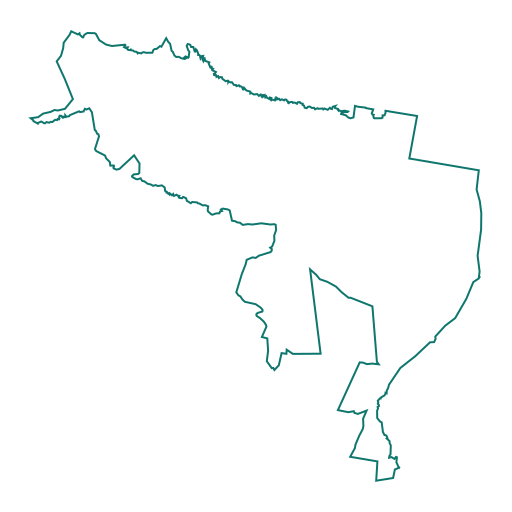 outline of Villa del Carbón, México, Mexico, rotated 270°
{"feature_id": "50627088B23542749511930", "entity_name": "Villa del Carbón", "entity_type": "district", "adm_level": 2, "iso_a3": "MEX", "parent_name": "Mexico", "parent_adm1": "México", "projection": "albers", "projection_center": [-99.483, 19.744], "detail": "fine", "context": "isolated", "style": "outline", "palette": "teal", "viewbox_px": 512, "rotation_deg": 270, "n_neighbors": 0, "source": "geoboundaries", "source_scale": "gbopen_adm2", "svg_char_len": 6061}
<svg xmlns="http://www.w3.org/2000/svg" viewBox="0 0 512 512"><g transform="rotate(270 256 256)"><path d="M142.0,274.4L146.7,278.8L158.9,281.6L158.2,286.4L162.3,286.7L158.1,292.9L158.3,320.6L242.6,310.1L237.1,316.3L232.8,319.8L230.2,327.3L225.4,336.0L220.0,341.4L214.2,348.6L214.3,350.5L205.7,372.4L150.2,376.9L147.7,378.7L148.4,372.4L147.9,366.8L149.4,363.0L149.6,359.7L101.9,337.9L99.8,348.3L100.8,353.8L99.1,354.4L98.1,357.9L101.4,366.6L93.3,363.1L85.9,363.4L83.0,362.8L76.4,359.3L67.4,355.5L63.9,354.9L55.2,350.2L50.6,377.4L31.3,376.2L34.0,393.1L42.5,394.9L44.2,398.8L43.9,399.8L45.3,398.4L49.7,396.4L54.7,396.9L55.1,396.0L53.1,394.4L54.9,391.5L54.3,389.1L56.4,389.5L57.5,390.5L66.5,390.8L69.1,389.6L71.0,389.5L73.5,386.7L73.9,387.4L75.4,387.0L76.8,385.8L76.9,384.5L80.1,382.9L89.6,381.7L90.5,380.0L94.0,377.2L101.2,377.1L103.6,378.0L105.1,377.6L105.9,378.9L107.2,378.8L108.2,377.8L109.6,378.3L111.3,377.8L113.8,380.2L113.6,380.7L114.7,381.2L116.4,384.2L117.7,385.3L119.2,385.5L118.7,386.6L121.6,386.8L123.8,388.1L127.3,389.0L144.0,400.3L156.0,415.5L169.7,430.0L169.9,434.1L173.2,435.6L175.5,435.3L186.3,445.2L193.9,455.2L213.3,466.4L229.9,473.3L233.5,478.7L234.8,479.5L235.0,478.9L240.5,479.6L256.2,477.6L282.4,481.1L298.7,481.3L310.4,479.9L322.6,476.6L341.7,478.8L353.5,409.3L396.0,417.1L401.2,385.5L399.0,385.5L396.7,384.5L396.7,382.6L394.3,382.5L393.8,381.7L393.7,374.5L394.0,373.8L396.3,373.3L397.2,373.7L397.4,372.5L398.6,371.8L402.6,373.2L403.9,365.9L404.4,365.6L405.2,358.3L406.1,355.0L394.6,353.5L393.7,350.4L394.5,348.3L396.8,345.7L398.0,341.1L398.9,341.4L399.9,344.0L400.0,347.6L400.5,348.1L401.3,344.6L400.8,340.7L401.7,339.2L401.2,338.7L402.3,337.8L403.0,338.0L404.1,334.9L405.1,334.6L406.0,335.3L405.2,332.7L403.0,332.0L403.2,330.8L404.2,329.9L402.2,327.7L403.5,324.4L402.6,323.2L403.5,322.6L403.2,318.5L403.8,317.5L402.7,315.1L404.2,314.1L404.0,312.0L405.5,309.6L405.1,307.8L403.8,306.7L404.3,304.7L406.4,304.0L407.0,302.6L408.3,302.7L408.9,300.4L409.9,299.8L409.7,297.7L408.2,297.0L409.4,294.9L409.2,292.8L409.9,292.6L410.1,291.4L409.6,289.3L408.8,288.8L409.2,288.1L410.4,288.2L410.8,287.2L412.3,286.4L412.6,285.1L411.6,284.0L412.7,281.9L411.8,280.2L413.1,279.3L412.7,277.6L413.4,277.9L414.4,276.4L413.2,276.4L413.6,275.4L411.6,274.9L412.5,272.1L411.7,271.2L412.8,270.4L414.1,271.2L414.5,269.7L413.1,269.1L414.4,266.8L415.7,266.3L414.7,265.3L416.8,264.8L415.5,263.2L417.0,263.3L416.8,261.9L415.9,261.5L417.5,260.7L416.1,258.9L417.9,257.3L417.5,254.0L418.9,251.4L418.5,250.3L420.4,250.3L421.5,246.4L424.2,244.1L422.5,243.5L422.6,242.9L424.7,242.2L425.8,240.6L425.6,239.6L426.7,239.0L425.9,236.5L426.9,236.1L427.1,233.9L429.8,231.9L429.6,230.3L430.6,228.6L429.9,228.2L431.2,228.1L431.3,227.3L430.8,225.6L433.4,222.2L434.7,222.0L435.0,220.2L434.0,218.9L435.9,218.1L435.1,216.5L436.8,216.1L436.8,214.9L437.7,214.6L437.4,214.0L438.2,213.9L438.5,215.0L440.0,215.9L441.8,212.3L442.4,212.0L443.3,213.0L444.1,211.2L445.1,211.6L445.6,210.6L445.1,210.1L448.5,208.7L449.6,209.3L451.2,205.1L453.7,204.6L453.5,204.0L451.0,203.3L452.5,202.5L456.1,203.2L455.9,201.7L453.7,200.5L456.4,199.9L457.1,199.2L457.0,198.2L459.2,198.0L461.8,196.8L462.7,195.9L460.4,195.4L460.5,194.7L465.0,193.3L465.0,191.1L467.1,190.3L467.7,189.2L467.9,187.6L466.1,186.7L461.8,188.2L460.2,189.4L454.6,188.6L454.2,188.1L455.1,186.8L454.6,186.4L455.5,185.4L454.6,184.4L453.5,185.6L453.0,184.7L453.8,181.2L455.2,178.8L455.0,176.2L456.6,174.4L460.1,172.8L461.2,171.6L468.2,170.1L470.2,168.2L473.8,166.2L465.3,161.4L465.9,160.0L463.1,156.7L462.9,154.5L461.9,153.3L459.3,152.4L459.2,146.3L459.8,143.8L459.5,142.2L458.6,141.4L459.3,137.9L458.8,137.6L460.1,136.7L460.5,134.3L461.5,133.0L461.7,131.2L462.5,130.8L461.9,130.0L462.1,128.1L463.5,127.0L464.7,127.8L464.7,126.8L463.8,126.2L464.9,124.0L466.8,125.4L467.3,125.1L466.0,111.9L467.5,105.9L471.8,99.3L478.1,95.9L478.8,94.7L479.0,87.6L478.1,85.6L476.6,83.9L474.7,83.3L474.6,82.5L477.3,79.8L478.7,79.5L477.6,77.9L480.7,71.2L477.2,69.6L469.3,63.7L463.9,63.2L456.2,61.0L450.6,56.7L433.0,64.8L412.9,72.9L403.2,65.0L401.5,57.9L402.0,54.5L400.1,50.6L398.4,43.1L394.8,38.1L393.8,30.7L391.6,33.4L390.8,33.5L388.4,37.9L389.1,38.1L390.5,41.3L388.8,44.1L388.7,45.0L389.9,46.5L389.3,49.1L390.2,50.8L390.0,52.4L392.2,55.1L391.9,57.0L393.1,57.7L392.6,59.0L393.5,59.5L395.0,59.1L396.3,59.7L396.2,61.1L394.3,62.7L394.4,63.2L395.4,63.0L394.9,65.3L396.7,65.3L395.3,66.4L395.8,69.2L396.9,69.9L400.7,79.1L399.9,80.1L400.5,83.6L403.2,84.9L402.5,86.5L403.7,89.3L399.7,91.9L381.9,94.8L381.4,95.7L378.2,97.2L377.8,98.4L375.6,99.0L363.1,95.0L362.4,95.2L360.9,96.3L356.5,105.0L353.6,106.2L349.9,109.9L346.4,110.3L346.5,113.8L345.9,114.1L344.2,113.4L343.4,114.0L342.4,116.5L343.1,119.5L356.7,134.1L348.5,139.5L339.1,139.3L338.0,138.1L337.6,133.7L335.9,132.0L335.0,132.3L332.9,136.1L332.7,137.5L333.7,140.6L331.1,142.2L330.6,144.5L328.3,147.5L327.5,150.9L326.2,153.1L326.9,155.6L326.0,157.9L326.6,161.9L324.5,164.7L321.1,165.1L320.3,166.7L319.4,166.5L319.0,168.0L318.2,168.2L317.9,169.0L318.4,169.3L317.5,169.7L318.2,170.3L316.7,172.0L318.0,173.2L316.1,174.0L317.3,176.6L316.4,177.5L316.1,179.3L314.9,178.7L314.1,179.3L313.8,182.1L315.1,183.1L314.7,184.2L313.6,186.2L311.2,186.8L308.8,190.8L310.0,192.2L309.6,197.1L308.7,197.9L308.5,199.3L306.6,202.8L306.8,205.2L305.7,208.2L302.3,207.7L300.6,208.0L297.6,211.4L297.3,212.4L298.6,216.2L298.7,219.4L300.4,219.9L301.0,222.0L302.5,220.9L303.4,222.6L302.6,227.7L301.6,229.7L291.3,232.0L290.8,235.2L289.6,237.2L289.3,239.9L287.1,242.8L287.9,247.8L287.5,252.4L288.7,261.3L287.5,270.5L287.8,274.3L287.2,275.7L281.9,276.1L276.5,274.2L271.1,274.4L265.4,272.1L264.3,270.2L262.8,271.9L261.1,271.6L259.9,270.5L256.3,258.9L254.1,255.7L254.6,252.5L252.2,246.7L247.9,245.7L237.6,241.7L219.6,236.3L216.6,238.5L215.6,240.4L212.4,242.5L210.2,244.9L207.8,255.7L204.2,260.9L202.0,262.6L200.5,262.4L199.1,257.8L198.2,256.6L197.0,256.3L195.9,256.9L194.0,259.9L190.4,263.8L186.8,266.2L185.3,266.4L175.0,261.9L173.6,267.3L161.2,268.1L150.8,266.8L143.8,271.8L144.1,273.3L142.0,274.4Z" fill="none" stroke="#0f766e" stroke-width="2"/></g></svg>